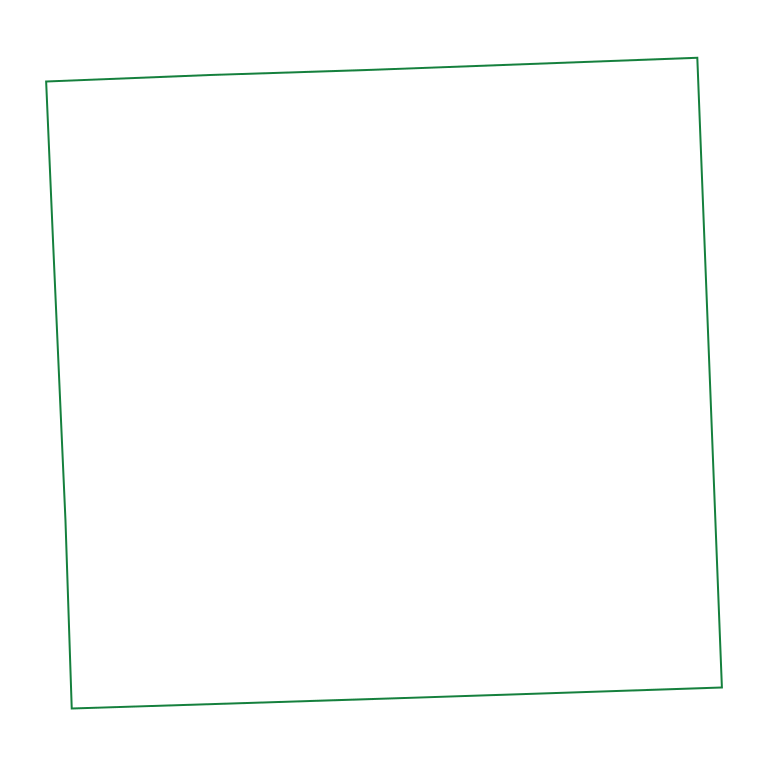 Eaton, Michigan, United States of America, rotated 178°
{"feature_id": "52423323B43164712790124", "entity_name": "Eaton", "entity_type": "district", "adm_level": 2, "iso_a3": "USA", "parent_name": "United States of America", "parent_adm1": "Michigan", "projection": "equal_earth", "projection_center": [-84.755, 42.596], "detail": "fine", "context": "isolated", "style": "outline", "palette": "green", "viewbox_px": 768, "rotation_deg": 178, "n_neighbors": 0, "source": "geoboundaries", "source_scale": "gbopen_adm2", "svg_char_len": 280}
<svg xmlns="http://www.w3.org/2000/svg" viewBox="0 0 768 768"><g transform="rotate(178 384 384)"><path d="M707.4,70.6L384.1,69.5L56.9,68.9L59.5,699.1L385.4,698.4L547.8,698.9L711.1,698.1L709.8,540.1L707.1,258.5L707.4,70.6Z" fill="none" stroke="#15803d" stroke-width="2"/></g></svg>